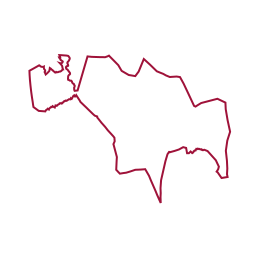 the district of San Pedro y San Pablo Teposcolula, Oaxaca, Mexico, rotated 7°
{"feature_id": "50627088B89995688353205", "entity_name": "San Pedro y San Pablo Teposcolula", "entity_type": "district", "adm_level": 2, "iso_a3": "MEX", "parent_name": "Mexico", "parent_adm1": "Oaxaca", "projection": "equal_earth", "projection_center": [-97.55, 17.493], "detail": "fine", "context": "isolated", "style": "outline", "palette": "rose", "viewbox_px": 256, "rotation_deg": 7, "n_neighbors": 0, "source": "geoboundaries", "source_scale": "gbopen_adm2", "svg_char_len": 4474}
<svg xmlns="http://www.w3.org/2000/svg" viewBox="0 0 256 256"><g transform="rotate(7 128 128)"><path d="M221.6,90.9L213.2,88.1L206.4,90.8L197.6,94.3L194.2,97.0L192.4,98.5L190.9,98.0L183.5,86.2L177.8,77.2L173.4,71.1L170.0,71.0L164.7,72.0L163.3,72.3L159.3,71.2L156.4,70.0L155.7,69.8L153.7,69.3L149.7,68.2L142.2,62.5L135.3,57.6L131.7,70.7L128.9,75.6L124.9,75.4L122.3,75.3L118.3,73.6L114.8,72.1L114.2,71.4L110.7,66.8L105.3,62.5L101.1,59.2L100.3,58.5L99.1,59.3L96.7,60.5L91.2,61.1L83.3,61.8L79.1,61.9L74.0,93.1L73.4,96.9L70.5,97.6L70.4,97.5L70.2,97.1L70.0,96.6L69.9,96.2L69.8,95.8L69.8,95.5L69.7,95.1L69.6,94.6L69.7,94.2L69.8,94.1L69.9,93.5L70.0,93.1L70.0,92.7L69.8,92.2L69.5,92.0L69.3,91.8L69.1,91.6L69.0,91.1L68.8,90.8L68.4,90.8L67.5,90.2L67.1,89.7L66.9,89.4L66.8,89.0L66.7,88.7L66.4,88.4L65.9,88.0L65.6,87.9L65.1,88.1L64.3,88.0L63.9,87.7L63.5,87.6L62.7,87.4L62.6,87.0L62.4,86.1L62.5,85.8L62.4,85.4L62.4,85.2L62.3,84.6L62.4,83.9L62.4,83.6L62.6,83.1L62.8,82.8L63.2,82.3L63.6,82.0L63.8,81.6L63.9,81.4L63.8,81.0L63.8,80.8L63.6,80.3L63.3,80.0L62.6,79.3L62.6,79.2L61.9,78.6L61.0,77.5L60.4,77.2L59.9,77.0L59.7,76.8L59.5,76.7L59.1,75.8L59.0,75.2L59.2,74.7L59.4,74.4L59.9,74.0L60.2,73.9L60.5,74.0L61.0,73.5L61.0,73.2L60.6,72.1L60.1,71.5L60.0,71.3L59.9,70.9L59.9,70.4L60.1,69.8L60.5,69.4L60.7,69.1L61.2,68.1L61.3,67.9L61.4,67.4L61.6,66.9L61.7,66.5L61.7,66.1L61.5,65.5L61.4,65.3L60.0,63.8L59.7,63.7L58.1,63.6L52.0,63.9L51.0,64.0L51.3,64.5L51.6,65.0L51.9,65.5L52.1,66.1L51.0,66.3L51.4,66.9L52.0,67.5L52.7,68.2L52.9,68.7L53.5,69.0L54.6,69.6L55.1,69.9L55.0,70.8L54.4,71.6L53.9,71.9L53.0,72.0L52.4,71.9L53.0,72.4L53.8,73.1L54.4,73.7L54.9,74.2L55.2,74.8L55.5,75.8L55.8,76.7L56.1,77.2L56.4,77.8L56.0,77.9L55.5,78.6L55.1,79.2L54.5,79.8L53.7,80.3L52.9,80.4L52.3,80.8L51.5,81.2L50.4,81.3L49.9,81.1L49.5,81.8L48.8,81.8L48.0,81.2L46.5,80.2L46.0,79.7L45.2,79.4L44.3,78.6L43.5,78.2L43.1,78.0L43.0,80.9L42.0,82.3L41.0,83.6L39.8,84.9L39.0,83.5L38.4,82.6L38.9,81.7L38.7,80.8L38.0,80.1L37.5,79.6L37.0,78.0L37.0,77.3L36.3,77.7L35.3,77.8L34.3,77.7L33.7,77.5L33.1,77.1L32.7,76.8L32.2,76.6L27.2,80.3L23.2,83.2L23.4,84.5L23.9,87.5L24.8,92.2L26.0,97.6L27.1,102.2L27.7,104.6L28.9,109.1L30.3,114.0L30.9,116.3L31.6,118.7L37.3,121.9L43.9,121.6L44.1,120.9L44.4,120.3L44.8,120.0L45.2,119.7L45.4,119.4L45.6,119.1L46.0,118.6L47.2,119.3L47.3,118.8L47.7,118.1L48.2,117.4L48.7,117.1L49.1,116.5L49.3,116.6L49.6,116.6L49.8,116.6L50.0,116.5L50.2,116.1L50.5,115.5L51.2,115.9L52.0,116.3L52.8,116.6L52.9,116.0L53.2,115.2L53.3,114.4L53.7,114.4L54.3,114.7L55.0,114.4L55.1,113.9L55.9,113.2L56.4,112.9L56.9,112.5L57.1,111.9L57.6,111.6L58.2,111.6L58.6,111.8L59.0,111.9L59.6,111.6L59.5,111.1L59.8,110.7L60.1,110.7L60.5,110.5L60.8,110.1L61.4,109.4L61.4,109.1L61.6,109.0L61.9,109.0L62.1,109.0L62.3,108.9L62.5,108.5L62.8,108.3L63.4,108.4L63.8,108.5L64.5,107.8L65.4,107.1L65.8,106.7L66.4,106.6L67.2,106.6L67.6,105.5L68.1,106.0L68.5,106.1L68.9,105.2L69.5,103.6L69.9,102.7L70.6,102.1L71.4,103.2L72.0,103.1L72.6,101.7L76.8,106.7L77.6,107.9L82.0,111.2L84.3,112.9L85.7,114.0L88.6,116.2L91.5,118.4L93.5,119.8L96.0,120.3L96.2,121.3L99.1,124.1L101.1,126.1L105.1,129.6L108.2,132.7L113.0,136.8L114.4,138.0L115.7,139.3L116.4,142.8L115.5,145.8L115.7,146.2L120.5,158.2L120.7,161.8L121.4,170.9L122.6,171.9L123.4,172.6L125.5,174.3L128.9,173.3L130.8,172.8L131.6,172.6L135.5,170.9L137.8,169.8L140.3,168.6L145.7,167.7L148.2,167.2L150.1,166.8L150.7,167.6L154.7,172.9L157.1,177.2L162.8,186.8L165.1,190.9L169.6,198.4L168.7,192.7L168.4,188.6L167.6,183.8L167.2,175.8L169.2,156.3L170.4,149.2L171.7,146.7L172.2,146.7L172.4,147.0L177.2,145.0L181.2,143.1L185.1,140.3L188.1,140.7L189.7,145.8L191.5,145.6L193.0,143.7L194.8,145.1L195.2,144.8L195.4,144.5L195.4,144.3L195.5,144.2L195.8,144.1L195.9,143.7L196.0,143.3L196.1,143.0L196.3,142.9L196.7,142.7L196.8,142.4L196.9,142.2L197.1,142.2L197.7,142.1L197.7,141.9L197.8,141.7L198.0,141.5L198.1,141.1L198.3,141.0L198.4,140.7L198.4,140.4L198.7,140.4L198.9,140.3L199.1,140.4L199.3,140.1L199.5,140.0L200.2,140.3L200.5,140.1L200.8,140.0L201.2,140.2L201.5,140.1L202.0,140.3L202.3,140.4L202.5,140.3L202.8,140.4L203.2,140.3L203.4,140.2L203.7,140.5L203.8,140.4L204.1,140.4L204.3,140.5L204.5,140.6L204.8,140.9L205.2,140.9L205.4,140.7L205.6,140.6L206.1,140.4L206.4,140.3L209.8,141.2L219.1,149.3L222.9,155.3L222.5,158.0L221.3,160.5L222.4,161.1L226.9,166.2L232.8,164.5L231.9,161.8L231.5,156.1L230.2,148.5L227.9,138.7L228.1,128.4L229.8,119.3L225.9,108.1L222.7,97.4L221.6,90.9Z" fill="none" stroke="#9f1239" stroke-width="2"/></g></svg>